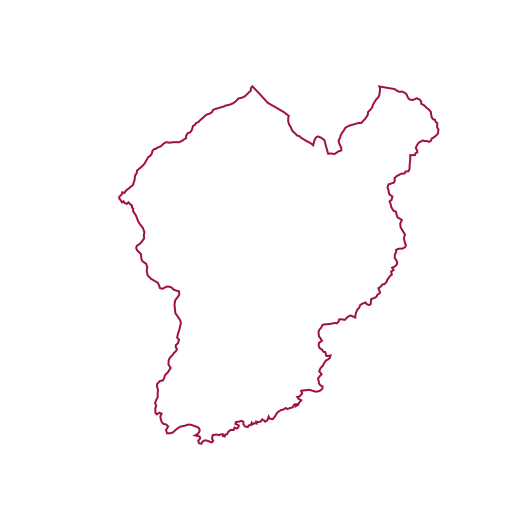 the district of Marianópolis do Tocantins, Tocantins, Brazil, rotated 284°
{"feature_id": "56859067B16841021210330", "entity_name": "Marianópolis do Tocantins", "entity_type": "district", "adm_level": 2, "iso_a3": "BRA", "parent_name": "Brazil", "parent_adm1": "Tocantins", "projection": "orthographic", "projection_center": [-49.708, -9.772], "detail": "fine", "context": "isolated", "style": "outline", "palette": "rose", "viewbox_px": 512, "rotation_deg": 284, "n_neighbors": 0, "source": "geoboundaries", "source_scale": "gbopen_adm2", "svg_char_len": 5966}
<svg xmlns="http://www.w3.org/2000/svg" viewBox="0 0 512 512"><g transform="rotate(284 256 256)"><path d="M83.8,195.1L79.4,196.4L78.3,198.1L80.5,200.0L80.2,202.5L77.5,202.0L75.6,202.6L72.2,204.6L70.8,206.4L70.7,209.8L69.4,212.0L65.3,210.8L62.4,212.6L63.1,215.1L64.4,217.8L69.5,221.3L72.2,224.0L74.2,228.3L75.5,229.9L76.5,232.9L76.2,237.6L75.6,241.5L74.1,243.2L72.2,243.6L69.6,242.8L67.2,240.3L67.3,244.9L65.6,246.0L62.7,244.6L60.5,246.2L60.6,248.4L62.9,249.0L64.8,251.0L65.0,253.6L64.4,258.2L66.4,259.2L68.4,257.4L71.8,257.4L73.3,261.2L73.2,263.1L74.4,265.2L75.1,266.9L73.3,267.5L73.4,269.4L75.1,269.3L76.2,271.1L78.5,271.5L81.1,273.4L81.7,276.4L84.3,276.7L83.9,279.1L85.3,280.3L87.4,280.3L88.1,276.6L90.1,276.7L91.0,279.3L92.6,281.9L92.1,283.8L89.7,284.5L87.9,286.7L88.1,289.5L89.9,290.0L90.8,292.0L93.2,292.2L91.9,293.6L93.4,294.7L93.6,297.2L95.4,296.3L95.4,298.4L96.5,300.6L99.0,301.5L98.4,303.4L97.5,305.0L99.1,306.6L103.2,307.2L101.5,308.4L101.7,311.7L104.6,313.1L109.2,314.5L112.4,317.3L113.5,319.5L115.7,321.6L115.1,323.3L116.5,325.6L118.0,328.1L121.2,329.1L121.9,330.9L119.9,330.9L121.7,332.9L123.6,333.1L127.0,334.8L127.7,332.0L129.2,330.1L130.3,332.3L133.8,334.0L136.1,332.4L136.9,334.2L139.1,340.3L138.9,344.0L138.8,346.8L139.6,349.0L141.3,351.3L143.6,352.5L145.5,352.2L146.0,349.9L147.6,347.9L150.1,347.0L151.9,345.8L154.6,346.8L157.1,348.3L159.5,345.2L163.0,345.8L166.0,347.5L168.1,347.9L171.3,349.0L173.0,350.8L174.8,352.2L177.5,352.4L176.7,350.6L176.0,348.5L179.5,346.4L179.4,344.6L181.4,342.3L181.8,340.3L184.1,338.5L186.9,338.1L189.7,340.5L192.1,338.1L193.3,336.5L197.1,335.1L199.4,335.2L202.5,336.6L205.3,337.3L206.5,339.7L207.0,341.7L208.1,344.5L210.1,348.7L210.2,350.7L212.5,352.1L214.5,352.0L215.2,353.7L215.5,357.6L219.2,359.8L221.2,362.1L220.3,367.2L222.1,366.8L225.3,366.8L228.9,367.4L230.8,368.7L233.2,368.8L235.2,370.4L237.4,373.6L236.1,375.0L235.7,377.4L236.8,378.8L239.0,378.7L241.9,378.1L244.2,381.3L245.5,382.7L247.4,383.0L250.3,385.3L252.7,383.8L254.3,382.6L256.3,384.3L259.1,385.6L259.7,387.4L262.5,389.0L264.5,389.1L266.5,389.9L269.0,390.8L270.7,392.3L273.6,390.9L275.7,392.9L277.6,390.9L279.4,393.2L281.7,394.6L283.7,394.7L285.9,393.2L287.2,391.5L289.0,390.7L291.2,390.4L294.1,391.1L295.8,390.4L297.0,391.8L297.9,393.6L298.7,396.6L300.8,398.6L302.9,398.9L304.4,397.5L308.9,395.2L313.0,395.3L315.8,392.3L319.0,389.3L322.3,388.1L326.3,388.8L327.7,384.1L329.2,382.9L332.7,381.2L333.3,378.3L336.2,375.4L338.7,374.2L341.4,372.4L343.0,373.9L346.7,374.0L348.2,370.3L352.5,368.3L354.3,367.0L357.5,367.2L359.2,369.9L360.8,372.2L363.0,372.4L364.8,371.5L367.5,373.1L369.4,375.3L371.0,377.0L372.0,380.1L374.2,380.7L375.0,383.3L376.8,383.9L379.6,383.5L381.9,383.0L385.2,382.6L388.9,381.9L391.2,381.2L392.3,385.8L394.3,385.9L395.6,387.4L397.5,386.8L399.4,384.9L402.0,385.3L405.1,386.3L408.4,389.8L408.3,391.9L408.9,394.1L408.5,396.2L410.3,397.9L412.4,398.0L414.2,399.9L416.4,401.6L418.7,402.9L423.0,402.4L424.6,400.6L426.3,400.3L428.9,399.7L429.8,397.7L431.5,396.7L431.5,394.8L432.9,393.1L435.4,391.8L437.9,390.9L439.8,388.6L440.9,385.9L442.7,383.0L443.7,379.5L446.0,378.8L447.4,377.0L447.9,373.6L446.6,372.2L445.1,369.9L445.1,367.1L446.1,365.4L449.1,363.1L450.2,361.3L450.9,358.3L450.0,355.1L450.5,352.7L451.5,350.1L450.3,334.6L448.9,335.8L445.0,336.4L441.6,336.7L439.2,336.2L437.2,334.8L435.2,334.2L433.2,333.5L431.1,332.9L428.0,332.7L425.4,331.5L422.8,329.9L419.7,330.3L417.7,329.6L415.5,328.7L413.2,327.4L410.7,326.2L410.1,324.0L408.5,320.8L407.1,318.7L405.9,316.3L403.7,313.3L401.7,311.5L398.8,310.8L396.1,309.6L393.0,308.9L391.2,309.0L387.7,308.2L384.8,309.9L381.6,312.5L379.0,313.2L377.4,310.6L375.8,309.2L374.0,307.6L373.5,303.4L372.6,301.3L383.1,295.3L385.0,294.3L386.2,291.5L386.7,289.7L387.0,287.2L385.5,285.6L383.8,285.0L381.3,284.7L377.3,284.7L378.3,282.7L379.0,280.6L379.6,277.8L380.4,275.0L381.1,272.9L381.7,270.9L382.8,269.1L382.8,266.9L384.6,264.0L386.1,261.1L388.1,259.5L390.0,258.1L391.7,256.2L394.6,254.6L397.6,253.9L399.9,253.9L402.2,248.6L404.4,241.1L407.5,230.3L415.2,218.7L419.7,211.4L417.6,210.4L415.2,211.0L413.5,209.8L410.5,208.0L408.0,206.3L406.2,204.1L404.5,200.7L402.6,199.7L400.8,198.7L398.6,196.8L396.5,194.0L395.4,191.7L394.4,189.8L393.2,188.5L391.9,186.2L390.2,183.4L388.8,180.8L387.3,179.0L384.6,178.3L383.0,176.7L381.9,174.8L380.7,173.4L379.0,172.2L376.6,170.6L374.6,169.2L372.0,167.6L370.3,165.5L368.5,165.1L366.9,163.4L362.9,163.3L360.1,162.3L358.6,160.0L355.7,159.1L353.5,159.7L352.2,158.4L350.2,156.7L347.6,153.6L347.2,150.9L346.2,147.7L345.0,144.7L344.8,141.6L343.3,139.7L341.1,138.1L339.5,137.3L338.4,135.7L337.3,134.1L335.8,132.9L335.1,131.3L332.6,130.0L330.4,130.2L327.8,129.3L325.8,127.5L322.5,126.6L320.2,125.9L317.5,125.0L314.2,122.9L312.2,121.4L310.1,119.9L307.3,120.2L305.3,119.3L303.0,119.4L300.4,119.8L297.7,119.6L295.0,119.4L292.9,117.7L290.6,116.2L289.1,114.7L287.3,113.7L285.3,113.1L285.5,110.8L283.1,110.8L280.6,109.1L278.8,109.3L277.2,111.4L275.6,113.1L277.0,114.2L275.6,115.9L275.3,118.0L277.2,119.3L276.1,121.0L274.8,123.6L273.0,123.9L272.2,125.5L269.9,125.7L266.7,129.3L264.3,131.1L261.2,133.2L258.8,135.7L255.8,139.5L252.1,142.0L249.2,142.1L246.0,143.2L241.5,141.4L239.2,139.9L237.1,138.0L234.9,137.7L232.9,139.1L231.4,141.5L230.3,143.7L225.3,145.6L223.4,147.1L221.9,151.2L218.9,153.2L215.0,153.6L210.9,155.6L208.5,159.6L206.3,167.2L204.8,168.5L201.6,170.6L201.6,173.2L204.7,176.7L205.3,179.5L204.9,181.9L203.4,184.3L203.0,189.9L199.9,190.9L197.5,190.1L194.8,188.8L192.8,188.3L189.0,188.7L181.0,191.6L176.2,197.1L174.5,198.5L172.3,199.4L168.1,199.4L165.8,199.4L161.1,199.1L157.8,199.2L156.0,201.6L152.4,201.4L150.3,199.8L148.1,200.2L146.4,201.9L143.9,201.2L142.3,199.9L139.6,198.9L136.2,197.0L133.7,196.5L129.6,197.3L126.7,200.3L124.1,199.3L121.9,198.7L119.5,197.1L117.4,196.4L115.6,196.5L112.8,195.8L111.4,193.0L108.1,191.1L105.6,191.4L103.8,192.5L101.9,193.4L98.2,193.9L95.6,194.8L92.2,194.0L88.8,193.7L86.5,195.4L83.8,195.1Z" fill="none" stroke="#9f1239" stroke-width="2"/></g></svg>